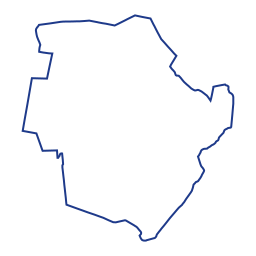 outline of Kwanza, Rift Valley, Kenya
{"feature_id": "3690345B32096026427645", "entity_name": "Kwanza", "entity_type": "district", "adm_level": 2, "iso_a3": "KEN", "parent_name": "Kenya", "parent_adm1": "Rift Valley", "projection": "robinson", "projection_center": [35.017, 1.14], "detail": "fine", "context": "isolated", "style": "outline", "palette": "blue", "viewbox_px": 256, "rotation_deg": 0, "n_neighbors": 0, "source": "geoboundaries", "source_scale": "gbopen_adm2", "svg_char_len": 3518}
<svg xmlns="http://www.w3.org/2000/svg" viewBox="0 0 256 256"><path d="M225.1,84.5L222.1,85.0L215.9,86.2L213.4,86.8L213.3,87.7L213.1,88.9L212.9,89.9L211.9,94.9L211.0,98.9L210.5,100.6L208.7,98.0L208.2,97.3L206.8,95.5L205.3,94.4L204.6,93.8L201.7,91.6L201.0,91.2L200.2,90.8L198.6,90.0L197.6,89.9L196.2,90.3L195.0,90.5L193.6,89.9L191.3,88.5L188.6,86.0L186.8,84.5L184.2,82.1L183.4,81.2L182.4,80.0L180.6,77.7L178.8,75.8L177.6,75.6L176.6,75.6L175.8,75.1L175.3,73.9L175.0,72.8L174.7,72.1L174.1,71.4L172.9,70.0L172.2,69.4L171.6,68.6L171.1,68.0L170.6,67.2L170.1,66.6L171.0,64.7L176.4,55.8L174.1,53.5L172.0,51.1L170.3,49.2L167.8,46.5L164.3,42.5L161.2,39.1L160.8,38.3L159.9,36.7L159.4,35.7L157.7,32.6L156.0,29.3L154.5,26.3L153.5,24.5L151.0,19.5L150.5,18.5L142.6,17.0L139.7,16.4L135.0,15.4L127.3,19.2L125.0,20.4L118.2,23.8L114.7,25.5L105.8,23.7L102.5,23.2L98.3,22.4L97.5,22.2L89.2,20.6L88.2,20.7L84.6,21.0L80.0,21.3L78.0,21.3L77.3,21.3L75.1,21.4L70.8,21.5L67.8,21.5L63.3,21.6L60.8,21.8L50.2,23.4L39.0,24.9L37.9,26.6L37.1,27.4L36.1,29.1L35.9,30.4L36.1,31.9L36.6,34.8L37.1,36.8L38.3,39.9L39.4,42.3L40.3,44.9L39.8,46.5L39.5,47.9L39.2,50.7L39.2,51.8L43.6,52.6L44.5,52.7L48.8,53.3L50.2,53.4L52.3,53.5L49.5,66.6L47.0,78.6L31.9,78.2L27.4,104.3L24.6,119.9L22.7,130.9L36.4,133.4L41.3,147.2L41.9,148.9L42.6,150.8L57.0,150.4L57.5,157.8L58.2,157.8L58.9,156.6L59.5,155.9L59.7,155.1L60.0,154.4L60.4,153.7L61.4,153.4L62.1,153.5L62.8,160.1L63.1,164.2L62.4,165.3L62.4,167.4L62.9,171.6L63.4,176.1L63.9,180.3L64.3,184.7L64.8,189.0L65.3,193.6L65.8,198.0L66.2,202.4L66.5,204.7L71.5,206.5L77.3,208.6L83.2,210.7L87.6,212.3L88.5,212.6L94.4,214.6L99.9,216.6L103.3,217.8L104.6,218.4L108.5,220.2L113.2,222.2L115.1,222.3L116.0,222.3L117.2,222.0L121.2,221.1L124.8,220.3L125.7,220.4L133.9,225.2L135.4,226.2L136.3,226.7L137.2,227.5L139.4,230.2L140.5,231.4L141.1,232.4L141.1,233.6L140.8,234.3L140.1,235.0L139.6,235.6L140.9,238.5L142.1,240.0L143.1,240.4L144.0,240.6L144.8,240.6L145.9,240.6L146.7,240.2L147.9,239.9L148.6,239.7L150.7,239.1L154.0,238.2L154.6,238.1L155.2,237.7L155.9,236.9L156.3,236.3L156.5,235.4L157.0,234.3L157.8,233.3L159.1,231.6L160.2,230.3L161.3,228.8L163.9,225.7L167.0,221.8L167.7,220.9L169.9,218.1L173.4,214.0L174.1,213.2L176.8,210.0L178.2,208.4L178.7,207.8L179.7,206.9L182.0,204.9L182.8,203.7L184.1,202.2L186.1,199.0L186.6,198.3L190.9,192.3L191.5,191.3L191.9,190.7L192.1,190.0L192.8,187.9L193.2,186.3L193.5,184.8L194.1,184.0L194.8,183.4L195.5,182.5L196.0,182.0L196.9,181.7L198.0,181.2L198.6,180.4L199.2,179.5L199.7,178.9L200.4,177.9L201.1,176.7L201.5,176.0L201.8,175.2L202.3,174.2L202.7,173.6L203.3,172.5L203.9,171.4L204.1,170.4L203.7,169.4L203.2,168.7L202.7,167.9L201.7,166.8L201.1,165.9L200.4,164.1L198.0,156.5L198.8,155.6L199.3,154.7L199.9,153.5L200.5,152.6L200.7,151.7L201.0,151.0L201.6,150.1L202.3,149.6L203.3,149.1L204.2,148.8L205.1,148.8L207.1,148.6L208.1,147.7L208.9,147.2L209.6,146.9L210.7,146.1L211.5,145.4L212.6,144.8L213.4,144.5L214.6,143.6L215.5,142.7L215.9,141.8L216.4,141.3L217.1,140.9L218.1,140.3L218.5,139.5L218.7,138.6L219.0,137.6L219.6,136.8L220.3,136.1L221.6,134.7L222.2,134.1L222.8,133.5L223.4,132.9L224.0,131.4L224.3,130.5L224.8,129.9L225.7,129.3L226.7,128.9L227.9,128.1L228.8,127.9L230.7,127.6L231.2,126.9L231.9,119.5L232.4,114.0L232.9,108.2L233.3,103.7L233.3,101.9L233.3,100.5L233.3,99.4L233.3,97.1L233.1,96.1L232.7,95.0L232.2,94.3L231.0,93.3L230.3,92.9L229.4,92.4L229.1,91.5L228.8,90.7L228.3,89.5L228.4,88.6L228.5,87.6L228.4,86.5L227.4,85.7L225.8,85.2L225.1,84.5Z" fill="none" stroke="#1e3a8a" stroke-width="2"/></svg>